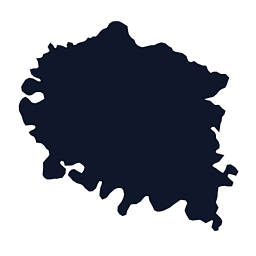 the district of Bandeirantes, Paraná, Brazil, rotated 177°
{"feature_id": "56859067B46104527016963", "entity_name": "Bandeirantes", "entity_type": "district", "adm_level": 2, "iso_a3": "BRA", "parent_name": "Brazil", "parent_adm1": "Paraná", "projection": "orthographic", "projection_center": [-50.339, -23.154], "detail": "fine", "context": "isolated", "style": "filled", "palette": "ink", "viewbox_px": 256, "rotation_deg": 177, "n_neighbors": 0, "source": "geoboundaries", "source_scale": "gbopen_adm2", "svg_char_len": 3513}
<svg xmlns="http://www.w3.org/2000/svg" viewBox="0 0 256 256"><g transform="rotate(177 128 128)"><path d="M222.1,191.0L221.1,187.2L218.6,184.7L212.7,182.1L211.4,178.7L215.0,178.3L217.8,180.0L220.7,181.8L224.2,182.5L227.5,180.9L229.8,177.7L231.8,174.6L231.4,170.9L227.7,167.6L225.4,166.4L222.6,166.6L219.3,168.9L216.5,169.5L212.9,169.1L210.1,166.9L209.1,161.3L213.9,158.6L218.7,156.8L221.3,157.1L223.6,158.3L226.6,162.1L229.0,163.8L231.3,162.5L233.7,159.8L235.1,156.0L235.2,151.2L232.7,145.2L231.9,141.6L231.1,139.0L229.8,136.6L225.9,136.8L223.1,136.7L220.2,135.8L219.4,132.9L221.7,130.9L224.3,130.0L226.4,128.8L225.2,126.7L221.7,124.7L220.3,121.9L219.8,118.9L215.0,118.0L212.1,115.4L210.1,112.1L207.8,110.4L207.0,105.3L208.7,103.0L210.8,101.0L214.0,97.6L214.0,93.0L215.0,85.8L213.9,83.6L211.6,81.7L208.1,81.5L204.3,82.0L201.4,81.7L199.1,82.3L196.6,82.3L193.6,86.1L192.9,90.2L196.8,93.8L198.7,96.6L196.9,99.8L193.2,98.3L192.5,94.4L188.5,94.3L185.6,94.3L181.2,96.3L177.9,96.6L173.8,93.3L172.6,90.9L173.9,87.4L176.4,84.3L180.8,86.8L184.0,89.1L186.3,88.7L188.4,86.9L189.6,84.3L185.2,78.8L181.5,76.2L178.2,75.2L175.7,73.8L173.8,71.0L169.9,67.4L167.0,67.4L163.7,69.9L161.9,73.9L160.2,76.8L156.8,77.4L156.0,74.8L156.8,72.3L157.9,70.1L158.8,65.8L159.3,62.3L157.2,58.7L153.3,60.2L150.1,64.1L147.2,66.4L144.7,68.4L141.7,69.3L138.8,69.3L136.5,68.4L135.3,66.3L134.5,61.8L135.7,58.0L137.6,54.5L141.7,49.7L142.1,45.7L140.5,42.9L137.9,41.1L134.9,42.1L133.8,45.7L132.4,47.9L129.8,52.0L127.0,52.5L123.8,52.3L119.2,54.9L117.5,57.1L114.4,59.8L110.5,59.8L109.6,54.1L107.0,49.0L105.6,45.1L103.0,43.7L100.5,43.6L96.5,44.5L90.5,47.1L88.5,48.7L79.4,54.4L73.8,53.4L71.8,50.0L73.8,45.9L75.0,42.6L74.0,39.5L72.6,36.7L71.1,33.9L68.5,33.0L60.7,33.4L55.2,29.7L49.5,32.4L46.7,31.5L49.0,24.7L46.7,21.4L43.8,21.7L43.5,24.4L40.5,26.6L39.5,29.6L40.3,32.2L43.4,35.8L45.6,38.1L42.6,43.7L45.0,49.0L43.8,52.1L42.9,55.3L42.6,58.5L41.5,64.6L38.2,65.8L34.4,66.0L31.5,65.2L27.6,65.1L26.4,68.2L30.2,71.9L32.2,74.7L30.3,78.0L25.7,76.6L22.9,75.5L20.8,78.8L23.6,82.7L27.6,85.6L30.6,85.3L32.3,80.9L35.2,77.1L38.9,79.4L42.7,82.7L44.8,83.9L46.9,85.8L44.6,88.3L39.2,90.2L34.5,95.5L40.4,97.3L42.7,98.8L41.8,101.4L38.5,103.6L38.1,106.0L38.9,109.2L41.4,113.0L41.3,116.5L42.3,118.9L46.8,123.0L44.3,125.5L41.2,125.3L37.5,120.5L36.2,127.4L34.9,130.3L34.3,134.2L31.6,137.1L30.6,139.9L33.5,142.3L36.2,145.5L40.4,145.8L44.9,150.2L49.5,151.3L51.8,153.9L48.1,154.0L45.6,154.7L41.6,155.3L38.4,157.6L35.5,160.9L32.3,162.8L29.3,163.8L27.7,166.5L26.6,169.4L25.1,172.8L28.0,176.1L32.6,176.3L36.9,178.9L40.1,178.9L42.8,177.6L45.7,181.1L47.3,185.5L50.3,185.7L55.2,187.9L58.6,190.6L61.7,189.5L64.8,191.1L65.8,193.7L66.5,196.3L70.2,199.3L73.8,200.2L77.2,201.0L79.9,202.8L80.7,205.3L82.8,206.4L84.9,208.2L86.6,209.9L90.4,211.0L93.8,210.1L97.3,208.6L100.8,208.7L104.8,207.9L109.5,207.1L113.5,208.6L116.4,211.3L117.7,215.2L120.7,217.7L122.9,221.2L123.5,224.2L123.7,226.7L123.9,229.3L128.6,232.7L131.9,234.4L135.0,234.6L137.7,234.4L140.5,232.8L143.4,228.5L147.7,227.2L150.4,225.0L152.5,222.5L155.0,220.2L158.1,220.5L160.5,218.7L163.0,219.6L164.7,217.4L167.2,216.0L169.9,215.5L173.1,214.7L175.6,213.1L178.5,212.7L179.6,215.3L183.0,216.2L184.2,213.9L183.3,211.6L185.9,210.7L188.6,212.4L191.4,213.4L194.0,213.7L195.1,210.6L197.6,211.1L199.1,214.1L201.1,216.2L203.2,213.1L202.0,210.8L201.2,208.4L204.6,206.7L208.1,205.7L209.4,202.7L212.1,201.7L214.9,201.7L213.8,199.4L213.5,196.6L213.3,193.2L215.7,191.5L219.4,191.7L222.1,191.0Z" fill="#0f172a" stroke="#020617" stroke-width="1.5"/></g></svg>